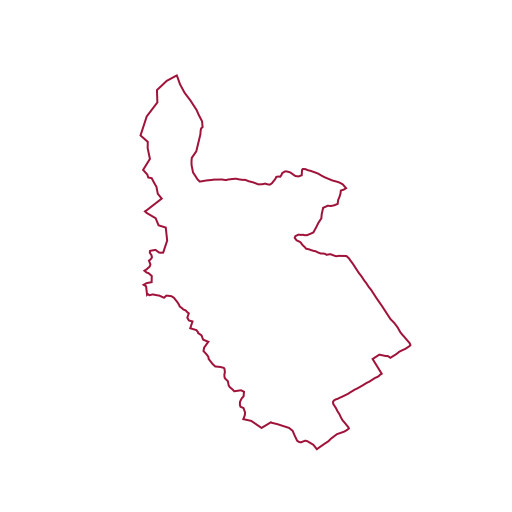 outline of Odeda, Ogun, Nigeria, rotated 57°
{"feature_id": "59680162B82944797684000", "entity_name": "Odeda", "entity_type": "district", "adm_level": 2, "iso_a3": "NGA", "parent_name": "Nigeria", "parent_adm1": "Ogun", "projection": "albers", "projection_center": [3.501, 7.325], "detail": "fine", "context": "isolated", "style": "outline", "palette": "rose", "viewbox_px": 512, "rotation_deg": 57, "n_neighbors": 0, "source": "geoboundaries", "source_scale": "gbopen_adm2", "svg_char_len": 4397}
<svg xmlns="http://www.w3.org/2000/svg" viewBox="0 0 512 512"><g transform="rotate(57 256 256)"><path d="M61.4,224.1L60.5,235.5L62.9,248.7L73.5,255.1L79.4,271.6L92.0,287.2L101.3,284.6L106.5,288.1L116.8,292.1L122.3,303.8L128.5,302.8L131.5,303.6L133.9,301.1L139.2,301.6L143.7,301.8L150.4,304.5L156.5,303.8L158.1,322.8L158.1,324.8L160.2,324.3L169.7,319.6L177.2,321.0L183.0,316.2L194.7,322.1L202.6,332.0L201.4,334.1L200.3,335.4L199.0,335.9L196.1,337.0L194.1,341.8L194.0,342.1L195.4,343.3L198.4,343.2L200.6,344.1L201.4,346.2L201.6,348.3L205.5,349.1L206.4,350.1L207.0,351.1L207.4,353.9L207.6,354.8L207.6,357.6L210.4,356.7L211.8,355.5L216.0,354.3L221.1,357.8L219.2,362.4L219.0,365.9L220.6,365.1L221.6,364.7L229.2,368.5L229.0,367.5L230.8,366.8L232.0,363.5L235.1,360.3L236.5,358.7L240.9,355.9L240.4,352.8L242.2,350.5L243.7,348.8L246.3,347.6L249.7,347.3L251.2,347.1L255.0,347.1L256.7,347.5L259.4,346.5L261.2,346.1L263.6,344.5L265.0,344.4L267.0,343.8L267.5,343.6L270.3,347.2L273.5,347.4L276.3,344.9L280.8,350.5L285.6,346.4L288.5,346.1L289.2,346.5L292.8,344.9L297.3,345.9L302.0,342.7L302.8,344.9L304.6,349.4L307.1,351.8L311.9,351.0L314.8,350.9L316.6,351.8L319.5,351.5L322.4,351.3L326.4,350.4L329.6,346.4L332.2,344.0L333.2,343.8L336.4,345.3L338.2,347.1L339.9,348.1L341.5,348.7L345.8,347.8L349.6,349.4L351.8,349.4L354.7,348.5L357.6,347.9L360.4,341.8L363.3,340.0L366.9,342.8L367.6,345.5L369.6,348.9L372.3,350.7L374.0,351.1L376.7,349.3L381.3,350.4L383.5,352.2L385.9,355.5L391.7,349.8L403.2,345.0L403.6,334.0L404.4,333.7L408.5,329.8L418.2,321.9L422.6,320.5L427.8,321.4L433.3,322.1L435.3,321.3L436.7,319.9L437.7,315.3L439.3,313.8L445.6,310.7L451.2,310.2L451.0,307.3L450.8,300.5L450.8,296.2L450.4,294.4L450.0,292.4L449.8,289.2L449.5,285.1L450.3,282.0L451.3,277.8L451.5,274.8L451.2,272.0L449.8,271.8L446.3,272.2L442.9,272.6L441.0,272.9L439.2,272.8L436.8,272.6L434.1,272.2L430.3,272.2L427.2,271.8L425.0,271.8L422.3,271.8L420.4,271.0L420.1,270.5L419.6,269.4L419.7,267.1L420.2,265.7L420.5,262.9L420.9,260.6L421.7,254.1L421.7,250.6L421.8,248.3L421.8,246.2L422.2,243.7L422.6,237.2L422.6,235.7L422.7,232.2L422.8,231.5L423.1,229.1L423.1,224.5L423.1,222.6L423.5,220.3L423.6,218.4L423.2,216.9L423.2,214.7L405.9,214.3L405.9,206.3L410.9,201.3L411.6,200.0L414.6,198.7L414.6,198.4L414.6,196.4L414.6,195.7L414.6,195.3L414.7,193.8L414.7,191.5L414.3,188.0L414.7,184.6L415.2,181.5L415.2,179.2L415.2,176.5L414.8,175.0L412.9,174.6L409.9,175.0L404.5,175.7L402.2,176.1L398.8,176.5L393.1,176.1L387.4,176.5L382.0,177.6L374.8,177.6L371.9,177.6L371.0,177.6L366.4,177.6L356.9,177.9L352.3,177.9L347.2,177.9L346.9,177.9L343.5,178.3L338.5,178.3L335.5,178.6L330.5,178.6L326.0,179.0L314.9,179.0L311.1,179.3L308.8,179.3L305.4,180.1L304.2,181.6L303.0,183.5L301.9,185.1L300.7,187.0L299.9,188.9L298.0,190.4L294.9,192.7L293.4,196.2L291.8,196.9L290.7,198.1L289.1,200.4L286.5,202.3L284.5,203.4L283.0,205.0L280.7,206.9L279.5,207.7L278.4,208.8L277.2,210.0L274.9,210.3L273.4,210.7L271.5,211.1L269.6,211.1L268.1,211.5L266.9,212.2L265.0,213.4L261.9,213.7L260.8,212.2L261.2,208.8L261.5,208.4L262.8,206.8L263.9,204.9L265.1,203.8L266.3,201.9L267.0,198.4L267.5,195.0L266.0,192.3L264.1,188.8L262.2,185.7L260.7,182.3L260.0,180.7L258.1,179.2L256.6,178.0L252.1,173.4L252.5,171.5L252.9,168.4L254.8,166.1L256.0,163.1L256.4,161.1L256.8,159.2L253.7,156.5L251.9,153.8L251.8,153.7L249.6,151.1L247.3,149.2L248.1,146.5L248.2,143.5L243.2,144.2L240.9,145.4L240.1,145.9L238.6,146.9L234.4,150.7L230.5,153.4L227.1,155.7L224.4,157.2L220.6,159.1L217.5,161.4L214.0,164.1L212.1,166.0L210.2,167.1L208.5,169.4L209.0,170.6L213.2,173.7L212.4,177.1L212.1,177.4L210.4,179.4L208.5,180.2L204.7,181.7L203.2,182.9L201.6,184.4L200.8,185.9L200.8,189.0L201.9,190.5L202.7,192.5L201.5,194.0L200.7,195.9L201.9,197.8L203.7,203.2L203.7,205.5L202.1,207.4L200.2,209.0L199.8,210.2L199.4,211.3L198.3,213.2L197.1,215.1L192.9,218.1L189.1,221.6L186.3,223.5L184.8,225.8L182.5,228.5L180.2,230.8L178.2,234.6L176.7,237.7L175.9,240.0L173.2,243.0L170.1,248.0L168.9,249.9L167.7,252.6L167.0,253.8L165.8,256.1L163.6,261.2L163.0,262.6L160.0,263.3L154.7,263.3L151.6,263.3L144.8,260.6L141.7,258.7L138.7,256.4L135.7,249.1L134.2,247.5L123.7,236.4L121.3,234.6L121.0,234.4L120.2,233.6L119.1,232.5L118.8,230.6L117.1,229.7L113.8,227.9L105.8,227.1L101.3,226.3L95.2,226.3L92.8,226.3L89.8,226.3L85.6,226.6L80.3,227.0L70.4,226.2L67.3,225.4L66.3,225.2L63.9,224.6L61.4,224.1Z" fill="none" stroke="#9f1239" stroke-width="2"/></g></svg>